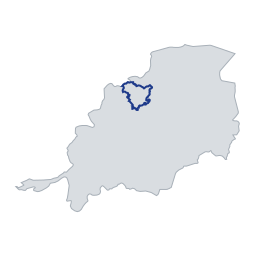 Afghanistan, with Zabul highlighted, rotated 181°
{"feature_id": "AFG-1755", "entity_name": "Zabul", "entity_type": "Province", "adm_level": 1, "iso_a3": "AFG", "parent_name": "Afghanistan", "parent_adm1": "", "projection": "mercator", "projection_center": [67.11, 32.305], "detail": "fine", "context": "in_parent", "style": "outline", "palette": "blue", "viewbox_px": 256, "rotation_deg": 181, "n_neighbors": 0, "source": "natural_earth", "source_scale": "10m", "svg_char_len": 7471}
<svg xmlns="http://www.w3.org/2000/svg" viewBox="0 0 256 256"><g transform="rotate(181 128 128)"><path d="M109.2,65.3L114.7,64.8L118.4,65.5L120.4,67.4L122.3,67.9L124.2,67.0L125.4,66.8L125.8,67.4L126.7,67.6L128.2,67.5L129.0,68.1L129.2,69.2L130.3,70.7L132.2,72.5L133.9,72.9L136.1,71.5L136.8,71.7L137.2,71.2L137.4,70.2L138.8,69.3L141.2,68.4L142.6,67.6L143.1,66.9L144.0,66.8L144.9,67.0L145.5,66.7L146.0,65.8L146.9,65.5L147.6,65.6L151.0,68.9L152.3,69.8L152.9,69.7L154.6,67.9L154.9,66.3L154.4,64.2L154.7,62.5L155.8,61.2L157.9,60.4L160.9,60.1L162.8,60.3L163.4,61.0L164.4,61.3L165.5,61.4L166.6,60.6L167.6,59.1L167.6,57.1L166.8,54.7L167.0,54.0L168.5,52.8L170.1,51.0L171.7,48.7L173.2,45.9L175.0,44.2L177.2,43.5L179.9,44.3L183.1,46.5L184.3,49.1L183.5,52.3L183.4,54.1L184.1,54.4L187.6,53.8L188.1,54.2L188.1,55.1L187.5,56.5L186.9,60.2L185.8,69.5L187.3,74.9L188.3,77.1L189.4,77.8L190.4,78.0L191.5,77.8L193.7,76.5L196.9,73.9L200.1,72.3L204.7,71.4L206.2,68.6L208.4,66.8L213.2,64.0L215.9,63.0L217.4,62.8L221.1,63.8L221.3,64.7L221.1,65.6L220.0,66.3L219.7,66.9L220.1,67.3L221.6,67.5L228.0,65.6L229.4,63.9L230.8,63.8L233.5,64.5L235.6,64.3L236.7,65.0L239.2,67.5L238.4,67.6L237.3,67.1L236.6,66.3L234.1,67.4L231.2,68.9L231.2,69.3L233.8,71.5L228.4,73.9L226.0,75.3L225.5,75.4L221.9,74.1L211.8,74.5L204.2,75.2L201.2,76.5L198.4,77.1L197.0,77.7L196.0,79.0L191.8,81.8L191.0,82.9L188.7,82.8L186.3,85.5L182.7,88.8L182.0,90.3L182.5,91.1L184.4,92.3L185.3,93.4L186.6,96.6L187.1,98.8L187.9,99.8L188.4,102.4L187.5,103.9L187.5,104.7L188.7,106.7L188.4,107.3L187.5,108.2L186.1,110.7L183.7,112.6L182.6,114.3L180.9,116.1L180.1,117.6L179.4,118.5L178.6,118.9L178.8,119.8L179.5,120.8L180.6,121.9L180.5,126.6L179.9,127.9L176.8,129.2L173.8,129.7L170.1,129.8L168.7,129.6L163.6,127.9L162.0,128.7L161.6,130.7L164.6,134.0L165.8,135.9L167.1,139.0L168.1,140.5L167.7,142.0L162.4,145.3L159.1,145.6L157.0,146.2L156.0,147.0L155.2,150.4L154.5,151.7L154.5,153.2L153.8,154.9L152.7,156.0L152.0,157.7L152.6,166.8L149.5,170.4L147.8,171.7L146.2,172.3L144.9,172.1L143.2,170.0L142.0,169.2L140.8,169.4L139.7,170.1L137.7,169.9L136.1,169.2L135.3,169.2L134.8,170.0L133.1,171.5L128.8,173.9L127.0,174.0L126.3,174.6L126.6,175.6L127.4,176.4L128.7,176.9L128.8,177.6L126.6,178.8L124.4,179.5L121.8,179.8L119.2,179.4L117.8,178.3L116.2,178.2L114.7,179.0L113.2,180.3L111.1,183.4L108.1,185.3L107.3,187.3L106.4,190.8L106.7,195.9L106.3,198.2L105.6,199.7L105.8,200.9L106.8,202.2L106.4,203.1L105.5,204.1L104.7,204.6L88.0,209.5L85.2,209.6L83.8,209.4L79.1,209.4L77.1,209.8L75.2,210.4L73.7,211.3L72.6,212.5L70.6,211.8L64.4,210.6L47.5,212.2L46.0,211.9L22.3,204.2L36.9,186.8L37.3,185.3L37.3,182.5L36.4,178.6L34.9,176.9L22.0,174.8L21.5,171.8L21.7,170.5L21.5,167.9L21.5,165.9L22.1,162.6L22.1,161.1L18.0,146.3L18.0,144.8L20.4,141.4L23.5,138.0L23.3,137.4L21.8,137.0L19.4,137.0L18.2,136.5L17.2,135.5L16.8,134.2L17.5,131.8L16.8,127.1L19.2,123.1L23.0,122.9L21.1,120.0L20.7,119.7L20.5,119.2L20.7,118.7L21.7,118.5L24.0,116.6L24.1,115.6L26.0,112.8L25.8,111.6L27.1,108.3L26.4,106.2L26.3,105.0L27.7,104.2L28.5,101.2L29.1,100.4L29.1,99.6L28.8,98.4L30.1,98.2L31.3,99.8L33.1,101.5L34.3,101.9L35.9,102.2L39.2,101.6L39.9,101.7L43.5,104.6L44.1,105.4L44.4,106.5L44.9,106.9L46.2,105.7L47.3,105.4L49.6,105.7L50.8,105.3L56.5,101.7L56.9,99.4L57.5,98.0L58.2,97.3L57.3,94.6L57.6,94.1L58.4,93.8L60.3,93.8L68.9,90.9L71.2,90.9L71.7,90.7L71.9,89.9L72.5,89.0L76.6,86.8L79.0,84.6L79.8,83.0L83.7,69.4L85.8,68.2L87.9,67.3L95.1,67.1L96.4,62.9L97.0,61.9L98.3,60.9L103.6,63.9L109.2,65.3Z" fill="#d9dde1" stroke="#a8b0b8" stroke-width="1"/><path d="M134.3,170.0L133.7,170.6L133.7,170.8L133.6,171.2L133.5,171.3L132.7,171.8L132.5,172.0L132.3,172.2L132.1,172.3L131.5,172.4L131.0,172.3L130.8,172.3L130.4,172.5L129.4,173.6L128.9,173.9L128.1,173.5L127.4,173.4L127.1,173.5L126.3,173.8L126.0,173.8L125.8,173.9L124.7,173.8L124.1,173.9L123.9,173.9L123.7,173.9L123.7,173.7L123.9,173.3L123.8,173.0L123.5,172.4L122.8,172.0L122.6,171.9L122.5,172.0L122.4,172.0L122.3,172.3L122.2,172.3L121.9,172.2L121.7,172.0L121.5,171.5L121.4,171.5L121.4,171.4L121.2,171.4L120.9,171.3L120.9,171.2L120.7,170.7L120.3,170.0L119.6,170.2L119.3,170.4L118.2,170.8L117.9,170.8L117.2,170.6L116.8,170.5L116.7,170.5L116.4,170.4L116.2,170.3L115.8,170.1L115.5,169.8L115.4,169.7L115.1,169.5L114.5,169.3L113.8,169.0L113.6,168.7L112.9,168.1L112.7,167.9L112.4,168.1L110.4,169.7L110.2,169.8L109.6,170.0L109.3,170.0L109.2,169.9L108.7,169.9L108.4,170.1L108.1,170.2L107.9,170.4L107.5,170.8L106.9,171.2L106.7,171.2L105.5,169.9L105.0,169.6L104.9,169.5L104.9,169.4L104.8,169.2L104.7,169.1L104.7,168.7L105.3,168.2L105.5,168.0L105.8,167.8L106.4,167.6L106.5,167.6L106.7,167.4L107.0,166.9L107.2,166.5L107.2,166.3L107.2,165.9L107.1,165.5L107.0,165.4L106.8,165.3L106.8,165.2L106.7,165.1L106.9,164.5L107.2,164.2L107.1,163.6L107.1,163.2L107.0,162.9L107.0,162.7L106.9,162.4L106.9,162.1L107.0,161.9L107.1,161.6L107.5,161.2L107.9,160.9L108.1,160.6L108.3,160.3L108.4,160.1L108.6,159.6L108.7,159.4L108.9,159.3L109.4,159.0L109.6,158.9L109.8,158.5L110.0,158.2L110.2,157.3L110.2,157.2L110.2,156.8L110.2,156.7L110.3,156.5L110.3,156.4L110.2,156.3L110.2,156.2L109.9,156.1L109.7,156.0L109.6,155.8L109.4,155.6L109.2,155.5L108.9,155.5L108.7,155.5L108.5,155.8L108.3,156.3L108.0,156.8L107.9,156.8L107.6,156.9L107.0,156.7L106.8,156.5L106.8,156.4L106.7,156.3L106.7,156.2L106.8,156.1L107.0,155.7L107.0,155.4L107.0,155.2L107.1,154.9L107.9,154.1L108.1,153.8L108.3,153.5L108.4,153.3L109.1,153.0L109.9,152.9L110.1,152.6L110.6,151.8L111.3,151.7L111.5,151.7L111.6,151.8L111.5,152.1L111.2,153.1L111.2,153.3L111.3,153.5L111.5,153.5L112.0,153.3L112.2,153.2L112.3,153.0L112.3,152.9L112.3,152.7L112.3,152.4L112.6,152.1L112.8,151.9L113.1,151.7L114.1,151.0L114.2,150.9L114.4,150.8L114.6,150.8L115.1,150.7L115.4,150.7L115.5,150.7L115.9,150.4L116.1,150.4L116.2,150.5L116.4,150.6L116.5,150.6L116.8,150.7L117.0,150.5L117.2,150.4L117.3,150.2L117.5,149.9L117.5,148.7L118.0,148.7L118.3,148.4L118.5,148.0L118.7,147.7L118.8,147.5L118.9,147.4L118.8,147.2L118.6,146.9L118.5,146.7L118.5,146.4L118.6,146.2L118.8,146.2L119.3,146.2L119.7,146.2L119.9,146.3L120.0,146.4L120.0,146.5L120.0,146.9L120.1,147.1L120.3,147.5L120.5,147.6L121.0,147.5L121.3,147.6L121.4,147.8L121.4,148.0L121.6,148.1L121.8,148.3L122.0,148.3L122.6,148.3L122.8,148.2L123.0,148.1L123.1,147.9L123.3,147.6L123.5,147.3L123.6,147.2L123.9,147.2L124.0,147.2L124.0,147.3L123.9,147.4L123.9,147.5L123.9,147.8L124.0,147.9L124.1,148.0L124.1,148.3L124.1,148.5L123.9,148.7L123.3,149.0L123.2,149.1L123.2,149.3L123.3,149.4L123.4,149.5L123.9,149.7L124.0,149.8L124.2,150.0L123.8,150.2L123.8,150.3L123.7,150.3L123.6,150.5L123.6,150.8L123.6,151.1L124.0,151.6L124.4,152.0L124.5,152.1L124.6,152.3L126.9,154.7L127.1,154.8L127.6,155.0L126.6,156.3L127.5,157.0L127.8,157.3L127.9,157.9L127.9,158.0L128.0,158.0L128.6,158.1L129.2,158.5L129.3,158.6L129.4,158.8L129.4,159.0L129.1,159.4L128.8,159.6L128.6,159.8L128.1,160.0L127.9,160.0L127.6,160.0L127.4,160.0L127.2,160.2L127.2,160.3L127.1,160.5L127.1,160.8L127.1,161.1L127.3,161.1L127.8,161.0L128.0,161.0L128.3,161.2L128.4,161.4L128.5,161.6L128.4,162.4L128.4,162.6L128.5,162.8L128.9,163.0L129.0,163.1L129.9,163.2L130.2,163.3L130.4,163.4L130.7,163.6L131.1,163.9L131.4,164.1L131.6,164.3L131.9,164.3L132.9,164.3L133.0,164.3L133.6,163.9L133.9,164.7L134.0,165.4L134.0,165.5L133.9,165.8L133.8,166.3L133.5,166.9L133.0,167.6L133.0,167.8L132.9,168.0L133.0,168.2L133.0,168.6L133.1,168.8L133.2,169.1L133.3,169.2L133.4,169.4L133.6,169.6L134.2,170.0L134.3,170.0L134.3,170.0Z" fill="none" stroke="#1e3a8a" stroke-width="2"/></g></svg>